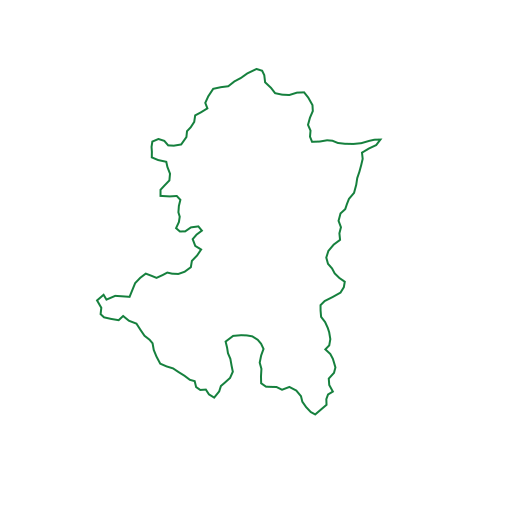 the district of Santana do Garambéu, Minas Gerais, Brazil, rotated 62°
{"feature_id": "56859067B9374705932151", "entity_name": "Santana do Garambéu", "entity_type": "district", "adm_level": 2, "iso_a3": "BRA", "parent_name": "Brazil", "parent_adm1": "Minas Gerais", "projection": "robinson", "projection_center": [-44.061, -21.638], "detail": "fine", "context": "isolated", "style": "outline", "palette": "green", "viewbox_px": 512, "rotation_deg": 62, "n_neighbors": 0, "source": "geoboundaries", "source_scale": "gbopen_adm2", "svg_char_len": 2636}
<svg xmlns="http://www.w3.org/2000/svg" viewBox="0 0 512 512"><g transform="rotate(62 256 256)"><path d="M234.4,420.5L238.8,419.0L243.5,413.5L248.2,407.4L246.6,401.5L253.5,398.6L259.6,393.3L266.9,392.7L274.1,391.9L279.9,389.3L284.5,388.3L291.0,390.4L298.1,391.1L306.1,391.1L311.5,386.8L316.3,382.0L321.9,379.0L328.1,375.4L334.3,372.5L337.7,368.9L343.6,370.4L348.1,368.1L350.4,363.0L356.1,362.5L361.4,359.4L358.3,352.1L354.3,348.0L353.2,343.0L351.5,336.2L347.3,330.8L341.5,329.1L334.7,326.9L328.7,326.4L323.5,324.6L317.3,323.0L315.8,313.7L319.0,306.2L321.8,301.4L325.2,297.0L330.8,293.8L335.9,292.7L341.6,293.0L346.2,298.1L351.9,302.8L358.2,304.2L364.6,308.1L370.8,311.2L376.1,308.5L378.6,304.2L381.3,299.4L386.3,295.8L387.3,288.0L393.7,283.6L400.9,282.1L406.4,283.5L412.9,282.7L419.5,280.9L423.7,278.1L422.0,270.4L420.5,263.6L415.4,261.1L412.1,257.4L411.8,251.8L404.3,251.9L398.4,249.3L395.8,242.0L391.7,238.2L387.4,237.3L382.9,236.4L377.4,236.4L371.0,238.6L369.3,233.3L364.3,229.4L357.7,227.2L353.2,226.4L346.8,226.0L340.3,227.1L334.5,224.6L329.7,222.1L328.0,216.5L328.2,207.6L328.0,198.6L324.8,193.1L320.4,189.7L314.6,192.7L308.3,194.7L302.7,194.7L296.7,196.1L290.4,194.7L285.5,189.7L282.4,182.0L281.2,174.2L275.1,171.7L270.5,167.5L263.7,166.6L258.1,161.4L256.5,155.2L252.8,151.3L249.2,147.1L246.3,139.8L240.2,134.1L234.7,130.0L230.2,125.2L225.2,120.5L220.3,116.2L214.5,113.9L214.1,105.8L214.5,97.8L211.6,91.5L208.9,96.9L207.5,102.0L205.8,110.1L202.8,117.4L198.6,124.9L194.6,130.7L190.1,134.4L187.2,138.9L184.9,145.9L181.5,152.9L176.0,152.3L170.9,149.0L164.6,148.5L159.2,143.4L154.7,137.8L149.3,135.3L140.6,135.5L134.1,136.7L131.0,143.1L129.5,151.0L125.8,157.2L121.2,162.7L114.6,163.8L106.9,166.4L100.2,163.8L95.3,163.6L91.1,167.8L90.7,177.9L91.7,185.6L91.7,193.0L93.1,200.8L90.5,207.6L88.3,215.3L92.6,223.2L97.0,228.9L102.8,229.6L103.3,237.3L103.3,243.7L108.6,247.6L111.7,253.2L113.4,258.3L118.3,261.6L122.4,269.7L120.0,276.8L117.1,281.6L111.3,282.9L106.9,287.2L106.3,293.8L110.6,297.0L115.1,299.0L120.0,301.7L125.3,297.4L130.7,291.0L135.7,292.4L143.0,293.3L148.6,297.0L150.8,303.7L152.7,309.2L158.1,312.1L162.9,304.2L165.8,297.8L170.9,296.4L175.6,300.6L181.0,304.0L185.5,304.9L189.8,308.1L193.9,313.5L198.6,311.7L201.0,307.0L200.2,300.0L202.8,293.0L208.2,291.9L209.2,298.4L211.4,304.0L218.6,304.9L224.5,301.4L227.9,307.8L230.2,314.9L235.3,318.8L236.4,326.4L235.4,333.0L232.2,338.4L229.0,342.1L229.0,347.3L228.6,354.1L224.5,357.5L219.8,361.6L220.9,368.4L223.2,375.4L227.6,380.7L232.7,386.8L229.0,392.7L225.1,399.0L224.3,408.5L218.7,408.8L220.6,417.2L229.1,416.9L234.4,420.5Z" fill="none" stroke="#15803d" stroke-width="2"/></g></svg>